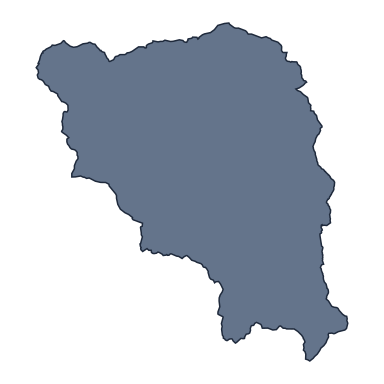 Zlatna, Alba, Romania
{"feature_id": "2599482B73731992881180", "entity_name": "Zlatna", "entity_type": "district", "adm_level": 2, "iso_a3": "ROU", "parent_name": "Romania", "parent_adm1": "Alba", "projection": "orthographic", "projection_center": [23.215, 46.13], "detail": "fine", "context": "isolated", "style": "filled", "palette": "slate", "viewbox_px": 384, "rotation_deg": 0, "n_neighbors": 0, "source": "geoboundaries", "source_scale": "gbopen_adm2", "svg_char_len": 5880}
<svg xmlns="http://www.w3.org/2000/svg" viewBox="0 0 384 384"><path d="M309.8,361.0L313.2,358.3L314.6,356.5L317.3,354.1L319.9,350.2L320.8,348.2L323.9,345.5L326.0,342.7L326.9,340.3L328.6,336.9L328.2,334.5L328.7,333.4L331.8,333.1L333.8,333.7L334.8,333.5L338.2,331.7L344.9,330.0L346.5,328.5L347.8,323.2L346.8,320.5L347.2,318.9L346.7,316.3L344.9,315.9L342.6,314.3L339.2,310.5L338.0,308.4L336.8,307.6L333.9,307.2L331.7,306.3L328.5,301.0L326.3,299.1L326.2,298.8L326.6,298.0L326.7,296.2L328.4,292.9L328.4,291.1L328.0,289.3L326.8,288.0L327.0,287.8L326.1,284.1L324.3,281.9L323.5,279.4L323.3,277.8L323.4,276.2L322.6,274.0L322.8,273.8L321.5,270.8L321.2,268.8L320.4,267.7L320.9,266.1L321.8,264.7L323.6,264.2L322.4,260.6L322.7,259.1L322.4,258.6L322.8,257.6L322.6,257.0L322.8,255.5L322.8,254.9L322.4,254.8L322.4,252.8L322.1,252.3L322.0,251.3L322.9,247.7L322.5,246.8L321.6,246.1L320.0,235.9L319.9,234.0L321.4,233.0L321.6,232.4L321.3,231.4L321.5,230.9L322.3,230.1L322.1,229.2L321.1,227.7L321.3,225.2L322.1,224.7L322.5,225.6L323.8,225.2L326.8,225.5L330.5,222.8L330.1,220.2L330.4,218.8L329.9,217.0L330.0,216.4L329.6,214.6L330.4,212.7L330.6,209.9L329.7,208.4L329.4,206.7L328.2,205.3L328.0,204.1L326.5,202.7L326.6,201.5L327.9,199.2L328.3,199.3L329.2,198.4L329.6,196.9L330.2,196.3L330.7,195.0L331.2,194.8L331.8,193.2L333.5,190.4L333.9,189.1L333.7,187.4L334.3,185.9L334.6,182.2L333.5,180.3L330.9,178.5L330.7,177.8L330.1,177.1L330.2,176.8L329.0,175.2L328.4,175.0L328.4,174.7L325.6,172.1L325.5,171.5L324.7,171.3L324.1,170.2L323.3,169.4L321.5,168.7L320.7,167.2L318.3,165.2L317.7,164.1L317.8,163.1L316.8,160.8L316.7,159.2L315.3,154.6L315.3,153.1L314.8,151.7L314.1,150.8L313.3,148.2L313.3,147.3L312.9,146.7L314.0,143.8L315.1,141.8L315.7,138.6L317.4,135.3L318.9,134.0L320.5,130.5L320.1,129.0L320.5,128.1L321.9,127.2L322.0,126.1L317.5,119.9L316.5,115.5L314.4,113.3L313.7,111.2L310.6,110.7L310.8,108.6L310.5,106.8L310.9,105.3L308.5,102.7L307.8,98.1L307.3,97.3L303.3,94.5L300.5,91.7L297.5,90.5L295.9,89.0L299.2,87.9L302.9,85.5L304.5,84.0L304.7,83.4L306.6,82.2L305.7,81.0L303.5,80.5L303.2,79.5L301.8,77.7L301.7,75.2L300.9,73.3L301.3,72.4L301.2,70.9L301.1,69.9L300.7,69.0L300.5,67.1L299.7,65.9L298.3,64.9L297.5,63.8L297.0,62.2L296.5,61.9L292.7,61.8L291.9,61.5L290.8,62.2L289.6,61.5L287.6,61.3L286.4,60.5L285.5,58.8L285.5,57.8L286.3,55.9L286.3,54.4L286.9,52.5L283.2,52.5L282.6,52.2L281.5,50.5L281.7,46.8L281.2,45.4L277.9,42.2L271.9,40.1L270.1,38.4L268.5,38.0L266.1,36.7L261.6,37.9L251.6,34.1L248.2,34.1L246.5,31.6L245.4,30.7L238.5,28.1L235.9,28.2L234.2,27.7L229.6,24.3L228.9,23.0L224.4,23.5L217.8,25.4L214.4,29.7L210.5,32.6L204.5,33.9L202.4,34.8L198.9,37.5L198.9,38.3L197.9,39.1L196.9,37.3L192.7,37.1L191.7,38.3L188.2,38.9L187.9,39.3L187.9,40.5L187.1,41.3L186.8,42.2L186.3,42.4L184.2,41.9L182.9,40.5L179.4,39.8L173.1,41.3L170.5,41.5L164.9,40.2L162.8,41.4L160.5,41.4L158.1,41.9L153.0,40.9L153.0,41.6L152.4,42.6L151.7,43.0L148.8,43.9L147.2,44.8L146.2,46.1L146.5,47.3L145.9,48.0L144.5,47.7L143.9,46.9L138.5,46.9L132.2,51.3L129.6,52.5L127.0,52.9L126.5,53.6L124.9,54.6L120.0,54.6L117.7,56.1L115.9,56.4L114.8,57.3L113.9,59.3L113.4,59.8L109.8,61.5L109.1,61.3L108.3,59.4L106.7,57.7L106.3,56.5L105.1,54.3L104.5,52.5L102.0,51.7L100.9,50.4L100.3,50.7L98.4,48.3L97.4,47.6L95.0,44.2L92.8,43.9L90.0,42.3L88.7,42.5L87.6,43.2L83.0,43.8L77.2,46.7L73.6,47.3L70.2,46.2L65.7,42.8L64.3,40.9L63.4,40.7L60.8,43.4L55.1,45.4L52.2,45.1L51.5,46.2L50.5,47.0L46.2,49.1L45.2,50.1L43.0,51.3L42.8,51.8L43.0,52.9L41.9,53.1L40.4,56.5L39.5,60.3L38.1,63.4L39.0,63.8L36.2,67.7L38.1,70.0L38.5,72.9L37.3,75.0L38.1,78.0L39.6,79.3L41.4,79.7L43.4,81.3L45.3,84.5L48.6,86.2L49.7,89.1L51.1,91.1L53.2,91.5L57.6,94.0L57.8,95.7L61.8,101.6L62.9,101.7L65.8,103.1L67.9,105.2L68.1,110.1L67.1,111.9L66.4,112.0L65.0,111.5L64.4,111.6L63.8,112.1L63.1,113.6L63.1,115.6L62.5,119.6L61.9,121.5L62.5,123.8L62.4,125.0L62.9,126.7L62.8,129.3L61.6,131.3L62.1,132.2L66.3,135.1L68.8,137.7L66.9,139.1L66.9,141.9L67.6,144.1L68.9,145.6L70.0,147.6L71.4,149.0L74.4,149.7L75.6,150.4L77.2,152.4L77.1,155.2L77.9,156.3L78.0,158.7L76.2,161.1L74.4,165.7L74.4,168.8L71.8,173.5L71.8,177.0L75.3,176.9L80.7,176.0L83.3,177.2L84.4,177.2L86.6,178.4L89.2,178.0L95.4,181.2L100.6,182.4L105.7,182.5L108.9,184.2L109.2,186.0L115.7,193.9L116.5,195.6L116.5,198.3L117.8,204.4L120.4,209.2L124.9,212.7L128.7,214.5L132.5,217.5L132.2,218.6L133.2,219.8L142.5,223.2L142.2,226.3L140.7,226.9L140.5,227.5L141.3,232.9L141.3,234.8L142.4,236.8L140.5,243.9L140.0,244.0L140.4,246.4L141.1,247.6L140.7,248.2L140.9,249.7L142.7,251.5L147.0,248.6L148.8,250.3L151.2,250.3L151.5,252.5L152.8,253.4L154.1,253.6L156.4,253.2L157.9,252.1L159.1,252.4L162.2,254.2L163.2,255.5L166.2,255.1L166.8,254.6L167.5,255.3L169.0,255.2L170.3,253.9L171.2,253.8L176.6,256.1L178.7,256.4L182.1,258.5L184.0,256.8L186.2,255.6L187.0,255.6L189.3,257.5L191.7,260.2L195.2,261.3L196.8,262.3L200.9,263.6L202.2,264.7L203.2,266.8L204.1,267.3L205.5,267.4L206.9,269.1L208.3,271.6L208.1,272.5L209.5,277.5L210.7,279.1L213.4,280.2L214.6,282.8L215.8,281.8L218.6,281.5L220.5,284.0L223.1,289.3L222.3,291.8L220.2,295.0L219.2,297.9L219.1,301.0L219.8,306.8L218.0,311.8L217.9,313.6L218.1,314.3L222.9,316.7L223.1,317.2L221.4,323.7L222.2,326.4L221.6,329.1L222.4,335.2L223.4,336.7L223.3,338.1L224.9,339.1L225.2,339.8L226.4,340.5L227.4,340.5L229.2,339.2L231.3,338.8L232.2,339.1L233.2,341.0L235.4,343.1L236.6,342.4L240.9,338.4L243.2,338.7L244.4,338.5L244.7,337.9L244.4,337.4L246.2,334.2L248.3,333.8L249.7,333.0L250.5,330.3L250.3,328.5L251.1,326.1L251.6,325.6L253.4,325.4L254.0,324.9L254.7,323.4L256.5,322.4L260.8,324.4L261.5,325.6L262.3,328.2L267.9,328.1L272.8,330.0L276.4,329.6L279.3,326.2L280.7,326.0L283.1,328.2L285.3,328.3L286.6,328.9L294.2,329.0L297.9,331.5L301.7,335.3L303.2,337.6L303.3,338.7L304.0,339.3L305.0,342.0L303.4,344.5L304.0,347.8L303.4,350.1L305.0,351.7L305.8,354.2L305.6,359.1L307.8,359.8L309.8,361.0Z" fill="#64748b" stroke="#1e293b" stroke-width="1.5"/></svg>